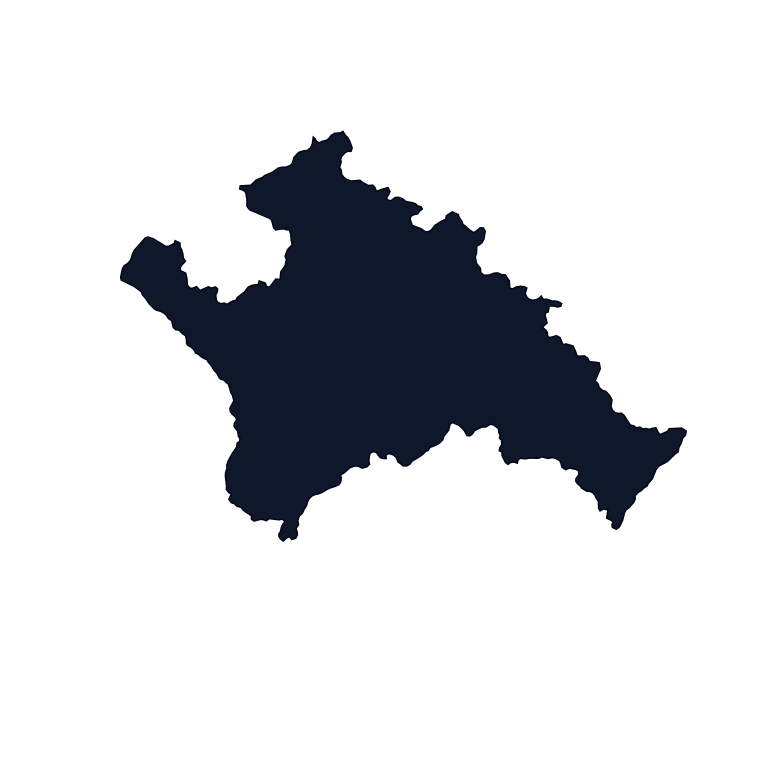 Jucuruçu, Bahia, Brazil (Albers equal-area conic projection), rotated 34°
{"feature_id": "56859067B84461120097776", "entity_name": "Jucuruçu", "entity_type": "district", "adm_level": 2, "iso_a3": "BRA", "parent_name": "Brazil", "parent_adm1": "Bahia", "projection": "albers", "projection_center": [-40.091, -16.878], "detail": "fine", "context": "isolated", "style": "filled", "palette": "ink", "viewbox_px": 768, "rotation_deg": 34, "n_neighbors": 0, "source": "geoboundaries", "source_scale": "gbopen_adm2", "svg_char_len": 6170}
<svg xmlns="http://www.w3.org/2000/svg" viewBox="0 0 768 768"><g transform="rotate(34 384 384)"><path d="M187.3,218.9L190.4,225.2L191.0,229.4L189.8,233.1L186.5,236.2L183.8,239.6L182.7,246.2L184.5,252.3L184.2,255.0L181.4,259.2L178.3,261.3L175.5,264.2L173.4,270.3L168.6,277.8L167.7,280.7L164.0,286.5L162.4,293.8L154.0,300.1L155.2,303.0L159.5,302.0L162.2,302.5L167.0,307.4L171.1,313.4L175.4,314.7L196.5,310.6L199.3,311.1L205.4,316.4L208.2,316.9L210.7,314.0L214.7,311.2L217.2,310.6L219.3,309.2L222.8,311.8L226.5,316.5L230.0,319.9L228.9,326.4L230.5,333.3L233.8,335.7L234.4,338.2L235.9,341.0L235.7,348.7L239.4,355.4L235.6,357.5L235.0,367.4L232.4,369.0L229.1,366.7L222.9,368.3L224.1,371.7L219.4,376.0L217.2,379.6L216.9,385.5L214.0,394.6L214.4,397.4L212.0,400.1L209.3,405.7L206.4,406.2L203.8,408.7L200.9,409.2L198.2,408.4L194.7,404.2L194.1,400.4L192.7,398.1L190.0,397.8L187.0,401.2L184.1,401.5L179.2,409.4L174.2,408.1L171.7,411.7L169.6,413.1L165.7,412.0L161.9,407.0L157.6,403.0L151.8,403.8L149.9,401.3L149.9,398.5L150.7,393.2L147.3,391.8L144.5,388.7L141.5,386.0L138.6,384.6L135.9,381.2L130.7,382.0L131.5,384.7L128.5,390.3L126.0,392.0L111.4,392.6L105.9,394.2L104.3,396.8L102.2,412.8L102.7,416.4L104.6,422.8L104.2,427.2L102.4,431.4L102.7,434.8L106.0,442.8L108.1,444.8L122.3,442.8L131.0,443.2L134.1,445.2L137.7,446.1L144.9,448.9L152.0,450.2L154.7,449.9L158.2,448.6L162.3,448.3L165.4,448.8L168.7,450.3L172.5,450.2L177.7,455.0L181.0,455.5L183.9,453.9L188.8,455.0L192.4,454.9L195.6,457.9L197.7,460.8L200.2,461.8L202.9,461.2L207.0,461.9L210.6,463.7L213.2,463.1L216.6,463.6L220.5,463.5L223.5,462.9L225.8,464.0L231.1,465.5L235.2,467.6L239.6,468.6L243.2,470.7L245.7,471.3L249.0,470.3L252.3,471.0L255.1,471.1L262.0,476.9L264.4,477.9L268.9,481.8L269.8,490.1L271.7,492.7L275.1,493.9L278.9,494.3L281.9,496.0L282.0,500.5L283.4,503.0L289.0,504.9L292.7,508.9L295.2,509.9L296.4,512.4L295.3,515.1L297.1,518.6L297.1,526.3L297.8,534.9L299.0,539.2L300.9,541.5L302.1,545.7L303.8,548.8L310.7,556.8L312.0,559.3L315.8,560.8L318.9,560.6L319.8,566.3L323.9,567.7L327.1,566.9L330.5,567.6L334.3,566.2L338.2,567.4L347.7,567.3L349.8,570.3L353.0,570.2L357.4,565.2L359.9,563.9L362.9,563.2L364.1,559.8L372.9,555.3L375.4,552.8L378.7,553.3L378.6,557.1L379.0,560.1L380.7,564.2L380.7,567.0L382.2,569.2L384.9,570.3L388.3,570.5L389.3,566.4L390.8,563.4L394.5,564.4L397.1,561.0L396.5,557.5L394.2,554.8L391.7,552.9L391.9,548.5L389.0,545.5L387.6,540.9L388.6,536.5L387.9,533.0L387.8,528.3L386.5,524.3L386.1,520.6L387.0,516.9L388.6,514.3L391.1,511.7L393.5,508.2L395.3,504.0L397.2,500.7L401.2,495.6L403.0,492.4L402.9,489.2L400.9,485.5L398.7,483.4L400.4,480.6L402.5,472.8L404.5,469.6L406.5,467.6L409.1,466.4L412.9,466.0L416.2,462.1L416.8,458.5L414.3,456.1L412.4,452.5L411.3,448.9L413.1,445.9L416.0,445.1L422.2,447.2L425.2,446.2L427.5,444.5L425.4,441.9L426.8,439.0L431.2,437.6L434.7,437.9L439.4,440.8L442.3,440.8L445.3,441.3L448.6,439.3L450.2,436.2L450.4,432.3L454.3,424.0L455.6,420.3L456.2,416.6L457.7,414.4L457.6,410.9L461.5,405.3L463.2,401.3L463.9,397.4L462.9,393.6L463.4,386.3L461.3,380.4L462.3,377.6L469.1,376.4L473.1,376.9L476.7,377.8L481.7,380.3L484.3,378.9L485.3,375.3L485.1,372.0L489.1,365.1L492.4,362.7L494.9,357.7L497.6,356.7L504.0,356.9L506.0,359.8L508.8,361.5L510.0,364.4L512.8,364.8L515.6,368.4L515.6,372.0L516.9,374.9L519.9,374.4L522.0,377.4L528.5,381.1L531.8,381.3L532.8,378.3L535.4,376.0L538.8,375.1L537.7,372.7L538.1,369.7L543.3,366.8L546.1,364.0L553.6,359.2L555.5,356.2L561.7,354.0L564.3,351.3L566.6,350.0L572.5,349.3L575.4,351.0L578.0,353.5L582.5,353.5L584.8,349.9L591.0,347.5L593.7,346.9L596.2,350.4L596.1,355.2L597.6,357.6L601.0,358.6L603.7,358.8L606.3,359.8L612.1,359.5L614.7,357.9L618.0,357.4L621.1,358.3L624.0,360.1L627.3,361.3L631.4,367.0L634.1,368.4L635.9,364.9L640.0,363.1L643.6,370.7L648.6,370.0L651.1,370.3L651.6,373.3L653.6,375.2L657.8,374.5L659.1,370.9L658.1,363.8L655.3,356.0L655.1,352.7L656.3,349.7L657.2,342.4L656.6,338.9L654.6,336.1L655.2,332.2L656.9,328.3L657.7,324.4L659.1,321.6L658.7,318.5L659.5,312.8L657.4,302.9L657.8,298.3L662.3,289.8L664.4,279.5L665.8,275.8L664.0,271.9L663.4,266.6L661.9,261.7L662.6,258.0L660.9,254.0L655.5,254.1L645.4,261.6L645.5,264.7L641.1,271.8L637.7,270.4L634.0,268.3L631.4,270.5L629.3,273.2L626.0,274.4L623.4,276.7L620.5,276.5L617.7,279.1L614.2,279.1L611.1,280.3L600.4,275.7L597.1,275.5L594.9,277.3L591.4,278.6L588.1,277.9L584.9,275.8L581.8,269.6L577.8,267.5L572.2,266.1L568.5,267.1L564.3,266.6L561.5,264.2L557.3,263.2L554.8,250.4L550.7,246.2L547.7,247.4L541.9,250.6L538.4,248.7L534.3,248.6L531.7,250.8L528.4,252.8L523.4,249.1L519.5,246.8L512.9,248.8L510.1,251.2L504.1,247.1L500.0,247.5L495.1,253.2L492.5,252.5L490.7,249.9L488.0,248.8L483.8,248.5L484.2,245.4L485.1,242.3L482.4,239.7L479.2,237.1L478.2,234.6L479.8,232.5L477.4,227.0L481.0,224.5L485.1,222.9L487.1,220.6L486.3,218.0L482.4,218.3L479.4,219.5L477.4,221.0L471.1,222.9L468.7,224.8L465.1,223.2L464.7,226.2L462.8,229.2L460.0,231.7L456.5,232.5L453.5,232.0L450.5,230.0L448.7,224.6L446.0,224.8L442.7,226.6L439.5,229.4L437.4,233.3L434.7,234.2L430.0,228.2L427.4,227.4L423.7,225.6L420.5,227.5L415.9,228.4L413.0,230.9L410.4,234.7L406.2,237.9L401.8,237.5L399.3,234.2L393.3,232.4L388.6,227.6L387.6,223.9L383.8,217.7L385.2,215.1L386.2,212.0L385.8,208.0L382.5,200.7L379.1,199.0L376.3,200.8L375.2,205.0L373.6,208.5L366.2,208.2L363.4,207.5L360.3,207.6L357.7,205.6L353.1,203.8L350.8,202.0L344.4,203.1L341.6,209.5L343.0,213.0L340.2,217.6L337.5,224.1L337.1,229.8L335.6,232.9L333.0,234.7L328.0,234.5L318.8,236.7L313.3,232.7L312.5,229.8L314.3,226.6L316.8,224.1L316.9,220.7L317.9,217.5L315.6,216.3L312.3,217.5L309.3,217.0L306.0,217.9L300.0,220.5L296.1,220.0L291.9,221.0L289.0,223.0L287.2,228.3L284.7,229.3L281.9,228.3L282.0,224.6L281.4,221.2L277.5,218.9L272.7,224.6L270.1,228.5L266.7,226.2L263.4,225.5L260.0,228.2L253.4,228.9L250.2,228.5L243.3,234.1L238.4,235.3L234.9,235.1L231.6,233.8L229.0,230.7L226.1,229.2L224.3,223.8L222.4,221.9L221.6,219.2L222.5,213.5L224.2,211.0L226.6,209.6L225.6,206.1L219.6,201.7L216.4,200.1L212.3,199.2L208.7,197.5L207.5,200.1L202.8,203.8L201.2,207.4L201.0,211.1L199.9,214.4L197.1,217.3L195.6,220.2L192.4,220.6L190.0,219.3L187.3,218.9Z" fill="#0f172a" stroke="#020617" stroke-width="1.5"/></g></svg>